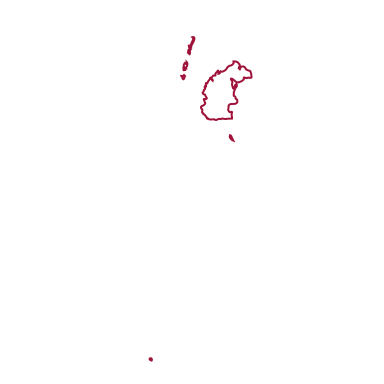 Western, Natural Earth projection, rotated 341°
{"feature_id": "FJI-2620", "entity_name": "Western", "entity_type": "Division", "adm_level": 1, "iso_a3": "FJI", "parent_name": "Fiji", "parent_adm1": "", "projection": "natural_earth1", "projection_center": [177.638, -19.194], "detail": "fine", "context": "isolated", "style": "outline", "palette": "rose", "viewbox_px": 384, "rotation_deg": 341, "n_neighbors": 0, "source": "natural_earth", "source_scale": "10m", "svg_char_len": 4919}
<svg xmlns="http://www.w3.org/2000/svg" viewBox="0 0 384 384"><g transform="rotate(341 192 192)"><path d="M253.7,135.6L249.5,134.3L248.3,134.1L246.9,133.7L244.3,132.3L243.1,132.5L241.6,131.7L241.0,131.6L238.5,131.8L238.0,131.7L237.5,131.4L237.2,131.1L236.9,130.7L236.7,130.5L233.2,129.5L231.7,128.7L230.6,126.9L230.2,127.3L230.0,126.7L230.0,125.6L229.9,124.9L229.7,124.6L229.5,124.3L229.3,123.9L229.2,123.1L229.0,122.8L228.1,122.2L228.1,121.9L228.3,121.4L228.0,120.9L227.7,120.5L227.5,119.8L227.7,119.4L228.3,118.4L228.5,117.8L228.5,117.0L228.3,116.6L228.0,116.2L227.9,115.6L228.2,114.5L229.0,114.0L231.2,113.8L232.6,113.2L232.9,113.0L233.4,112.4L233.5,111.9L233.4,111.5L233.3,110.9L233.3,108.8L233.4,108.1L233.6,108.0L233.9,108.1L235.6,108.7L236.0,108.6L236.5,108.1L236.6,107.7L236.4,107.3L236.3,106.8L236.2,106.2L236.0,105.1L236.0,104.5L235.8,103.9L235.5,103.7L235.0,103.5L234.6,103.1L234.3,101.7L234.9,101.2L235.8,100.7L236.3,99.7L236.5,99.3L237.6,99.0L238.0,98.7L238.2,98.0L238.1,97.4L238.1,96.8L238.7,96.3L239.2,97.0L239.7,96.8L239.9,96.2L239.7,95.5L240.1,94.6L240.5,93.9L240.9,93.6L241.4,94.3L241.7,94.3L243.7,92.3L245.8,91.0L245.9,90.7L246.1,90.6L246.1,90.3L246.2,90.1L246.6,89.9L246.9,90.0L247.3,90.1L247.4,90.3L247.0,90.8L247.1,91.8L247.5,92.9L247.8,93.5L248.1,93.1L247.8,92.4L247.6,91.7L247.6,91.1L247.8,90.3L248.1,90.0L249.8,89.0L250.1,88.8L252.0,89.5L252.2,89.2L252.4,88.6L252.6,87.9L252.8,87.6L253.2,87.4L253.5,87.1L253.9,86.9L254.9,86.7L255.1,86.4L255.2,86.1L255.8,85.9L256.0,85.7L256.2,85.8L256.2,86.6L256.2,87.2L256.0,87.8L255.8,88.3L255.5,88.8L256.3,89.0L257.0,88.6L257.6,87.8L258.3,87.2L259.3,88.0L260.8,88.1L262.2,87.9L263.3,87.6L264.7,86.8L265.3,86.3L265.9,85.8L266.5,85.3L267.6,85.2L268.4,84.8L270.0,85.1L271.8,84.7L273.3,83.7L273.7,82.0L274.8,82.4L276.2,83.1L277.3,84.1L277.8,85.0L277.9,85.7L278.5,86.8L278.5,87.6L278.1,88.2L276.9,89.6L276.5,90.3L277.0,90.7L277.1,91.1L276.9,91.6L276.5,91.9L277.1,91.8L278.5,90.0L279.3,89.5L280.5,89.7L281.5,90.1L282.3,90.9L282.9,91.9L282.9,92.4L282.8,93.1L282.9,93.5L283.1,93.6L283.9,94.5L284.1,94.7L284.2,94.9L286.3,96.5L286.5,96.9L286.4,99.5L285.9,102.1L285.7,102.7L285.4,103.1L285.0,103.2L284.4,103.1L283.3,102.6L282.9,102.4L282.5,102.2L282.1,102.1L281.2,102.2L280.7,102.1L280.2,101.9L279.0,100.9L278.7,100.7L278.3,100.7L278.1,100.9L278.0,101.1L278.0,101.4L277.9,101.6L277.9,101.9L277.7,102.1L277.2,102.6L276.4,102.9L274.9,103.4L272.1,103.5L271.2,103.4L270.5,103.1L270.0,102.8L269.6,102.3L269.2,101.8L267.9,99.5L266.9,98.1L266.4,97.7L265.9,97.5L265.6,97.8L265.5,98.3L265.6,98.9L266.0,100.0L266.0,100.6L266.0,101.1L265.8,101.6L265.1,102.8L264.8,103.4L264.7,104.0L264.6,107.2L264.7,107.5L264.8,107.7L264.9,107.8L265.1,107.8L265.3,107.6L265.6,107.4L267.0,105.6L267.5,105.1L267.9,104.8L268.4,104.5L268.8,104.4L269.1,104.6L269.2,104.8L269.3,105.3L269.2,105.8L268.9,106.4L268.2,107.1L267.3,107.6L266.2,108.6L263.9,111.5L263.7,111.8L263.6,112.5L263.5,113.0L263.2,113.4L263.0,113.8L262.9,114.3L262.9,114.7L263.2,115.1L263.5,115.4L263.9,115.9L264.0,116.4L263.8,117.2L263.7,117.6L263.7,118.1L264.0,118.5L264.3,118.7L264.6,119.1L264.7,119.5L264.7,119.9L264.2,121.6L263.8,122.0L263.4,122.3L262.2,122.6L261.7,122.7L261.2,122.6L257.4,121.5L256.8,121.4L256.2,121.5L255.3,121.8L254.8,122.2L254.5,122.7L254.1,123.9L253.9,124.4L253.2,125.5L253.0,126.0L252.9,126.4L253.0,127.0L253.3,128.2L253.5,128.6L253.6,128.8L253.9,128.9L254.3,129.0L255.4,129.0L255.7,129.1L255.8,129.4L255.8,129.7L254.7,131.6L254.5,132.1L254.4,132.5L254.2,134.1L254.1,134.8L253.7,135.6ZM228.5,69.3L228.7,68.9L229.2,67.3L229.5,68.0L229.5,68.8L229.3,69.5L228.9,70.1L228.5,71.1L227.0,72.3L226.8,73.2L226.6,73.0L226.4,72.9L226.1,72.4L225.7,72.8L225.3,73.2L225.1,73.7L225.1,74.4L223.8,74.1L223.8,73.6L224.3,73.6L224.5,73.6L224.3,73.1L224.2,72.3L224.3,71.6L224.6,71.2L225.1,71.0L225.3,70.5L225.3,69.8L225.5,69.3L225.9,68.9L226.9,67.9L227.3,67.7L227.4,67.9L228.0,69.0L228.2,69.3L228.5,69.3ZM242.7,45.8L243.7,45.9L244.2,46.4L244.4,47.2L244.0,48.2L243.7,48.8L242.9,49.5L242.7,50.0L242.5,50.3L239.4,53.1L238.7,54.0L238.3,55.0L237.8,54.7L237.7,54.6L237.4,54.9L237.1,55.2L236.6,55.3L236.3,55.0L236.3,54.6L236.6,53.2L236.6,52.6L237.0,52.6L237.6,53.3L238.5,52.8L240.4,50.6L242.6,48.4L243.3,47.1L242.7,45.8ZM219.7,78.8L221.0,79.4L221.6,79.3L222.5,78.8L223.1,80.0L222.8,80.1L222.6,80.3L222.6,80.5L221.9,81.7L221.2,82.4L220.6,82.6L220.1,82.0L220.0,81.1L220.2,80.3L220.3,79.6L219.7,79.2L219.7,78.8ZM247.1,151.2L247.3,151.9L247.4,152.6L247.4,154.0L247.8,156.8L247.1,156.2L246.5,155.3L246.0,154.2L245.7,153.2L245.6,152.3L245.7,151.9L246.4,150.8L246.6,151.0L246.9,151.1L247.1,151.2ZM237.0,56.9L235.4,58.3L235.0,58.9L235.6,59.3L235.5,59.8L235.2,60.2L234.9,60.6L234.6,60.9L234.4,60.6L234.1,60.1L233.5,58.9L233.8,58.4L234.9,57.7L234.6,56.8L235.2,56.5L236.2,56.6L237.0,56.9ZM98.9,338.2L97.9,337.4L97.5,336.5L97.8,335.7L98.8,335.7L99.4,336.2L99.6,336.9L99.4,337.7L98.9,338.2Z" fill="none" stroke="#9f1239" stroke-width="2"/></g></svg>